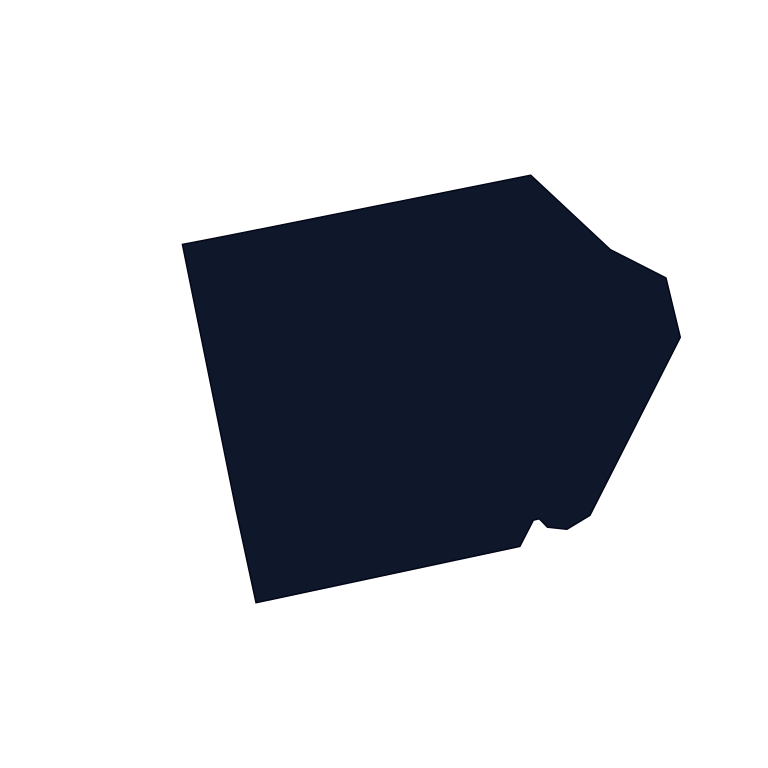 the district of Lavaca, Texas, United States of America, rotated 118°
{"feature_id": "52423323B4330471688052", "entity_name": "Lavaca", "entity_type": "district", "adm_level": 2, "iso_a3": "USA", "parent_name": "United States of America", "parent_adm1": "Texas", "projection": "albers", "projection_center": [-96.939, 29.348], "detail": "fine", "context": "isolated", "style": "filled", "palette": "ink", "viewbox_px": 768, "rotation_deg": 118, "n_neighbors": 0, "source": "geoboundaries", "source_scale": "gbopen_adm2", "svg_char_len": 351}
<svg xmlns="http://www.w3.org/2000/svg" viewBox="0 0 768 768"><g transform="rotate(118 384 384)"><path d="M203.7,144.3L158.0,184.8L159.1,247.3L130.8,352.5L327.2,592.6L355.4,627.5L564.4,455.7L637.2,394.3L463.6,187.8L434.1,188.2L430.1,183.6L433.7,172.5L426.4,154.3L403.3,140.5L203.7,144.3Z" fill="#0f172a" stroke="#020617" stroke-width="1.5"/></g></svg>